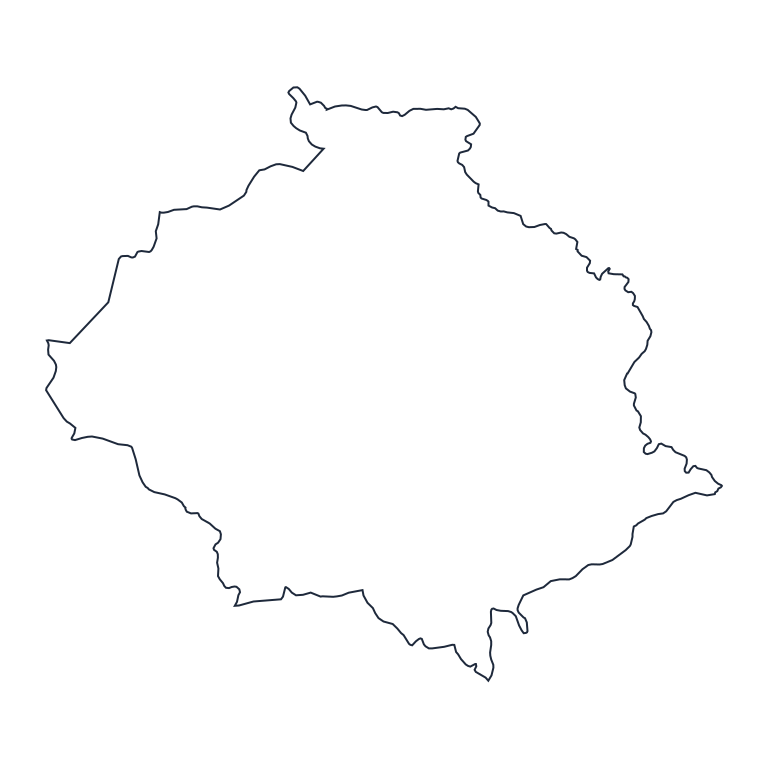 Mulevala, Zambezia, Mozambique
{"feature_id": "85939544B54372279750556", "entity_name": "Mulevala", "entity_type": "district", "adm_level": 2, "iso_a3": "MOZ", "parent_name": "Mozambique", "parent_adm1": "Zambezia", "projection": "orthographic", "projection_center": [37.65, -16.373], "detail": "fine", "context": "isolated", "style": "outline", "palette": "slate", "viewbox_px": 768, "rotation_deg": 0, "n_neighbors": 0, "source": "geoboundaries", "source_scale": "gbopen_adm2", "svg_char_len": 6081}
<svg xmlns="http://www.w3.org/2000/svg" viewBox="0 0 768 768"><path d="M455.6,106.8L453.5,108.5L451.2,109.3L448.7,108.3L443.8,109.3L437.2,108.9L426.0,109.8L420.4,108.8L413.3,108.9L409.5,110.8L404.7,114.8L402.1,116.1L400.1,115.5L398.9,113.2L397.5,112.3L393.1,111.7L387.8,113.0L383.3,112.9L381.8,112.2L377.5,107.1L376.0,106.5L372.4,107.4L367.0,110.0L365.4,110.0L361.7,109.5L350.7,105.9L346.0,105.4L341.7,105.5L335.0,106.5L326.7,109.7L326.8,108.7L325.2,107.9L324.1,105.9L320.9,102.7L318.4,101.9L317.1,101.7L310.1,104.4L305.2,95.7L299.5,88.7L297.4,87.3L293.4,87.5L289.2,91.0L288.4,92.5L289.1,94.0L293.3,98.1L296.0,101.4L296.4,102.6L295.3,107.6L291.6,114.6L290.5,118.4L290.9,122.7L293.6,126.0L296.2,128.2L299.9,130.5L305.9,132.7L307.5,135.9L307.8,138.4L308.9,141.2L311.8,144.5L315.3,146.6L320.0,148.3L323.6,148.7L303.2,171.0L292.4,166.9L279.8,164.1L276.1,164.3L270.6,166.3L264.6,169.4L259.3,170.3L254.1,176.7L248.5,185.7L246.5,190.0L246.3,191.9L243.9,195.6L229.0,205.6L220.0,209.5L206.9,207.6L201.9,207.3L197.2,206.3L194.0,206.3L191.9,206.7L186.6,209.1L174.0,209.8L167.9,212.0L163.6,212.7L161.6,212.7L159.8,212.1L158.2,224.3L155.8,231.2L156.6,238.4L153.6,246.8L151.7,250.1L150.6,251.3L149.1,252.0L141.5,251.0L138.3,251.6L137.4,252.1L135.0,256.6L132.8,257.5L131.3,257.4L127.9,255.9L122.5,256.1L121.0,256.5L118.8,259.0L108.3,302.3L69.8,343.1L48.7,340.2L46.9,340.5L48.3,343.2L48.7,345.3L48.1,349.7L48.5,354.6L54.0,360.8L55.9,364.6L56.3,367.1L55.8,371.1L53.5,377.7L46.5,388.0L46.1,390.2L63.6,418.1L66.8,421.6L70.0,423.5L75.4,427.9L74.3,433.4L71.7,437.9L71.6,438.7L72.1,439.5L75.0,440.1L81.9,438.0L87.8,436.8L92.0,436.5L102.7,438.6L118.1,444.2L127.5,445.2L131.3,446.7L132.1,447.9L135.7,459.3L139.4,475.4L142.6,482.3L145.7,486.8L147.7,488.0L148.9,489.4L154.3,492.1L164.7,494.4L175.4,498.2L177.6,499.4L181.8,502.5L183.9,506.2L185.5,507.6L185.3,508.4L185.8,509.9L186.8,511.7L191.0,513.4L197.6,513.1L198.4,513.6L199.4,516.2L201.7,519.0L209.7,523.5L215.4,528.7L219.9,531.2L220.9,534.3L220.5,539.1L218.1,542.7L215.5,544.4L213.5,548.2L214.0,549.8L216.8,551.8L217.8,554.2L217.9,557.7L217.1,562.7L218.4,568.5L218.0,576.1L219.8,579.3L223.0,583.2L224.3,586.0L226.0,587.8L229.0,588.1L231.7,587.0L234.6,586.5L236.5,586.8L239.3,589.3L240.0,592.2L238.4,595.2L237.0,601.8L234.8,605.8L239.0,605.5L253.5,601.5L281.0,599.3L283.0,596.6L285.3,587.4L285.9,587.1L288.7,588.9L291.8,592.6L296.0,595.3L303.0,594.8L310.7,592.6L320.6,596.6L322.4,596.3L333.2,596.8L336.8,596.4L341.9,595.5L348.7,592.7L362.5,590.1L363.5,595.5L367.5,602.8L372.9,608.1L375.2,613.1L378.5,618.1L383.5,621.5L392.7,624.0L397.3,628.5L401.1,633.1L403.6,635.1L409.0,643.8L410.3,644.8L412.2,645.3L415.9,641.3L418.9,639.0L420.4,638.4L421.8,638.9L423.9,644.4L425.5,646.3L428.9,648.4L432.2,648.4L444.2,646.8L452.2,644.8L454.3,644.9L456.1,652.0L458.1,654.3L461.0,659.1L465.7,664.4L468.0,665.9L470.3,666.6L475.2,664.0L475.9,664.0L476.3,666.3L474.6,669.8L475.8,671.9L485.6,677.6L488.3,680.7L491.5,675.4L493.4,667.7L493.3,664.8L491.2,659.5L490.3,655.7L490.1,652.5L491.2,645.0L491.2,641.2L490.0,637.3L488.7,635.4L487.7,631.8L488.4,628.5L490.6,625.1L491.3,622.9L490.9,611.7L491.4,609.6L492.1,608.8L493.6,608.5L496.5,610.0L500.8,610.8L508.1,611.1L511.1,612.0L512.6,613.0L515.8,616.2L519.1,625.5L521.6,630.3L523.7,633.2L526.0,632.9L527.0,632.3L527.5,631.1L526.8,622.4L525.0,618.2L523.6,617.5L518.7,612.6L517.6,610.2L517.6,608.3L518.7,604.9L523.3,595.4L536.4,589.6L543.5,587.2L550.8,581.1L559.9,579.3L569.2,579.4L572.5,578.1L575.8,576.1L582.5,569.2L588.3,565.0L591.7,564.3L599.6,564.5L602.7,564.0L612.4,560.0L625.7,550.1L629.8,546.1L630.7,544.5L632.5,536.9L632.5,534.0L633.8,526.5L636.3,525.3L638.0,523.5L644.8,519.6L646.3,518.1L651.6,516.0L658.1,514.1L663.1,513.4L666.2,511.3L673.4,501.9L676.7,500.1L680.8,498.8L688.6,495.2L695.4,492.8L707.0,495.4L714.8,494.1L715.2,492.4L717.3,491.1L718.4,488.6L720.9,487.3L721.9,485.9L721.4,485.2L718.1,483.7L714.8,481.0L712.0,477.0L711.4,474.9L709.3,472.4L706.4,470.2L698.1,468.4L696.9,467.8L695.4,465.9L693.3,466.2L690.6,469.3L688.6,472.6L686.2,472.7L684.8,471.2L684.6,468.8L686.6,463.6L686.9,459.6L686.2,457.3L684.6,455.9L675.5,452.2L673.2,449.9L671.5,447.1L665.6,446.1L661.3,443.6L658.8,444.2L656.9,448.1L654.4,451.4L652.0,452.7L647.5,454.1L645.6,453.7L643.8,452.0L643.9,448.2L645.2,445.6L647.5,443.8L650.4,442.8L651.0,441.4L650.1,439.3L648.3,437.1L645.5,434.7L643.0,433.4L640.1,430.0L639.3,427.5L640.8,422.3L640.9,416.2L637.9,411.3L636.5,410.5L633.9,405.5L633.9,403.8L635.8,397.5L635.3,394.0L634.7,393.3L630.0,391.6L625.9,388.4L624.7,385.2L624.2,380.1L627.1,373.5L627.6,373.5L634.4,362.0L639.1,357.5L641.7,353.8L644.7,351.2L646.0,348.9L647.3,344.8L647.6,340.8L650.4,336.2L651.4,332.2L651.1,330.2L649.9,328.8L648.9,325.9L646.6,322.0L643.9,319.0L642.7,316.1L637.5,307.0L634.0,305.9L632.9,305.1L632.9,303.4L634.2,301.3L634.8,299.2L634.9,297.1L634.9,295.9L633.1,293.1L631.4,291.8L628.2,292.2L625.4,290.4L624.5,288.9L624.6,287.0L628.4,282.0L628.6,279.2L627.3,277.8L625.9,277.4L624.6,276.3L623.6,276.3L622.4,274.4L613.9,274.2L608.6,273.3L608.2,271.5L609.7,268.9L609.2,268.1L608.4,268.1L602.1,273.8L600.7,276.8L600.2,279.5L599.3,279.9L597.6,279.0L596.0,277.4L594.1,273.4L589.5,272.9L587.7,272.0L587.0,270.7L587.0,267.7L589.8,263.2L590.1,260.7L586.5,257.1L581.6,255.7L577.6,251.4L577.7,250.0L576.1,249.0L577.4,242.0L575.3,239.3L573.9,238.3L569.4,236.8L566.2,234.1L563.6,232.8L561.2,232.5L556.3,233.6L554.2,233.3L551.5,230.5L551.0,228.9L549.6,228.0L546.2,224.1L545.1,224.0L539.9,225.0L534.4,227.0L528.9,227.2L526.1,226.5L523.2,224.1L520.6,215.9L513.9,213.1L507.4,212.4L503.7,211.4L500.8,211.5L497.7,210.6L495.1,208.2L492.1,207.5L488.5,205.6L488.5,201.7L487.9,201.0L486.4,200.0L481.6,198.5L480.6,197.5L480.3,194.9L478.3,192.9L477.9,191.3L478.6,184.4L475.6,183.1L473.6,181.6L466.8,174.6L465.2,172.1L464.1,167.1L462.2,164.9L459.2,163.4L457.9,162.2L457.5,160.9L459.2,153.5L460.2,152.6L468.0,150.5L469.9,148.6L470.8,147.0L471.1,144.3L466.1,141.2L465.4,139.7L465.8,136.9L467.0,136.1L473.5,133.7L479.7,125.0L479.8,123.4L475.8,116.9L467.7,109.9L464.8,108.7L458.1,108.2L455.6,106.8Z" fill="none" stroke="#1e293b" stroke-width="2"/></svg>